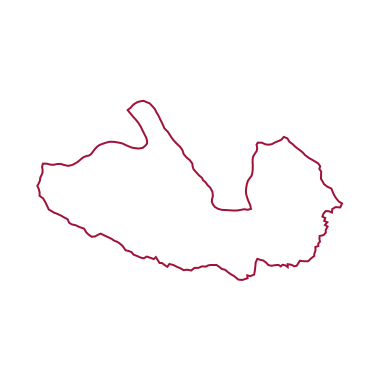 outline of Padre Carvalho, Minas Gerais, Brazil, rotated 127°
{"feature_id": "56859067B17742841496007", "entity_name": "Padre Carvalho", "entity_type": "district", "adm_level": 2, "iso_a3": "BRA", "parent_name": "Brazil", "parent_adm1": "Minas Gerais", "projection": "natural_earth1", "projection_center": [-42.596, -16.309], "detail": "fine", "context": "isolated", "style": "outline", "palette": "rose", "viewbox_px": 384, "rotation_deg": 127, "n_neighbors": 0, "source": "geoboundaries", "source_scale": "gbopen_adm2", "svg_char_len": 3550}
<svg xmlns="http://www.w3.org/2000/svg" viewBox="0 0 384 384"><g transform="rotate(127 192 192)"><path d="M110.8,65.3L111.3,68.7L110.6,72.0L109.6,75.0L107.9,78.6L105.4,82.7L106.3,86.9L106.3,91.2L104.8,94.4L103.9,96.9L101.1,98.9L98.0,101.1L96.9,104.2L94.3,105.1L93.2,108.6L93.8,114.1L94.4,118.9L94.5,123.9L93.8,127.2L93.7,130.8L93.7,134.0L93.7,136.7L93.2,140.3L93.3,144.4L91.8,148.0L92.7,151.8L96.4,152.1L99.0,153.4L101.1,154.8L103.2,155.9L105.7,157.0L108.0,159.1L109.6,161.8L110.7,166.1L113.0,169.2L115.4,168.9L117.6,166.4L120.4,165.0L124.4,164.8L127.3,164.4L129.9,162.9L132.2,161.2L134.1,159.5L136.0,158.2L138.0,156.7L140.8,155.1L143.3,154.2L145.8,154.2L149.4,154.1L153.2,152.7L156.6,150.9L159.5,149.0L161.3,147.2L163.2,144.7L164.7,142.5L166.2,139.9L167.5,137.5L170.1,134.7L172.7,136.9L174.4,140.0L176.5,141.9L179.2,144.4L181.7,147.5L183.5,150.2L185.6,153.5L188.1,157.1L189.7,160.8L190.2,164.7L189.4,167.6L188.2,169.9L185.8,171.7L182.8,172.8L179.6,175.7L177.6,179.9L177.1,183.9L176.1,186.9L175.9,190.3L174.7,192.6L174.5,196.5L173.7,200.6L172.9,204.5L171.3,206.8L169.2,208.7L167.9,212.7L167.7,216.8L166.8,221.3L164.2,225.1L163.1,228.7L162.8,231.6L162.3,234.9L161.8,237.8L160.9,241.0L159.7,244.2L158.5,247.4L157.7,252.6L156.3,254.9L154.8,257.7L153.2,260.9L151.1,264.9L149.8,268.4L148.1,271.6L147.3,275.5L146.7,279.1L147.7,282.9L148.3,285.5L150.6,287.8L153.2,289.7L156.3,291.0L159.0,291.6L161.5,291.7L165.3,292.7L166.5,287.8L167.4,283.8L168.2,279.8L169.1,276.4L170.6,272.4L172.4,268.9L174.3,265.1L176.1,261.4L178.1,258.7L180.3,257.1L182.9,257.1L186.4,257.9L189.4,260.7L191.7,264.7L192.9,267.2L193.7,270.4L194.6,274.1L195.1,276.8L196.7,280.3L198.9,284.5L201.5,288.1L204.4,290.4L207.2,292.3L210.0,294.1L213.1,295.1L216.5,295.4L219.0,295.4L222.2,295.4L224.8,296.1L226.6,297.8L229.3,299.5L232.2,300.4L234.4,300.8L237.1,301.5L240.2,302.8L242.8,304.1L245.7,306.7L247.4,310.4L248.6,313.8L250.7,316.4L253.7,319.0L255.5,321.9L256.7,324.9L259.1,328.1L262.2,326.9L263.9,324.9L266.5,323.0L269.1,322.3L271.6,321.9L274.7,320.2L277.7,319.5L280.2,319.2L281.8,316.2L284.0,313.5L286.8,311.4L286.7,307.1L288.3,303.2L290.2,299.5L292.2,295.8L291.8,293.0L291.6,290.1L290.5,286.4L289.6,282.0L289.2,278.4L288.6,275.0L290.5,271.6L290.2,268.5L288.6,265.0L287.6,260.4L286.2,256.1L287.8,252.3L288.3,248.9L288.1,245.2L285.8,242.6L283.0,241.5L280.2,239.9L279.4,235.7L278.5,231.6L277.8,227.9L277.7,224.7L276.8,221.9L276.6,219.0L276.8,215.4L277.6,212.7L278.5,210.0L277.3,207.1L276.4,204.1L277.2,200.9L276.1,197.2L275.3,193.5L274.0,190.6L270.8,189.3L269.6,185.6L268.6,182.2L265.7,181.7L267.0,178.4L268.2,175.2L266.8,173.2L266.8,170.0L266.6,166.7L263.1,166.7L261.5,162.9L260.8,158.9L259.9,155.3L259.4,151.5L257.0,149.2L255.2,145.4L251.2,144.4L248.7,141.2L245.4,139.3L243.2,136.0L240.7,134.8L239.0,133.1L237.4,131.0L235.5,128.4L235.4,125.3L235.5,121.8L234.2,118.8L234.4,115.0L234.3,111.3L233.8,107.7L234.1,102.4L232.1,99.0L229.8,97.4L227.4,95.7L225.3,97.7L224.0,94.7L220.5,92.7L216.8,94.6L213.4,96.6L210.0,98.7L206.1,99.6L205.2,97.0L203.8,93.7L203.8,90.2L204.4,87.0L203.0,84.0L200.8,82.0L198.2,79.1L198.0,76.3L195.7,76.0L194.3,73.1L194.4,70.4L192.0,72.1L190.3,68.8L189.8,65.6L187.8,64.0L185.4,64.2L182.0,64.5L179.9,60.8L177.4,57.6L173.1,56.9L169.6,55.9L167.5,57.2L164.3,58.2L161.7,60.4L159.2,58.6L157.2,60.1L154.7,59.9L152.8,62.0L150.3,63.6L147.3,61.0L143.8,60.7L142.0,62.3L138.0,62.9L138.3,66.0L134.7,65.7L135.5,69.1L132.6,69.9L133.2,73.0L130.1,74.0L126.7,73.7L124.9,70.9L124.2,67.9L121.2,69.7L117.7,68.3L115.1,64.3L110.8,65.3Z" fill="none" stroke="#9f1239" stroke-width="2"/></g></svg>